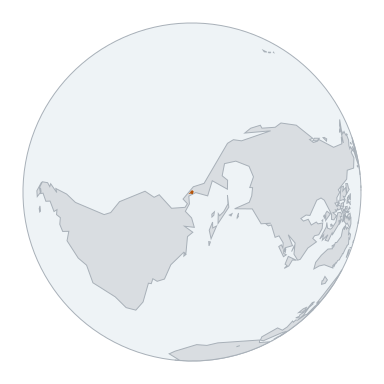 Cartago highlighted on a globe, orthographic projection, rotated 100°
{"feature_id": "CRI-1327", "entity_name": "Cartago", "entity_type": "Province", "adm_level": 1, "iso_a3": "CRI", "parent_name": "Costa Rica", "parent_adm1": "", "projection": "orthographic", "projection_center": [-83.788, 9.802], "detail": "fine", "context": "on_globe", "style": "filled", "palette": "amber", "viewbox_px": 384, "rotation_deg": 100, "n_neighbors": 0, "source": "natural_earth", "source_scale": "10m", "svg_char_len": 8122}
<svg xmlns="http://www.w3.org/2000/svg" viewBox="0 0 384 384"><g transform="rotate(100 192 192)"><circle cx="192" cy="192" r="169" fill="#eef3f6" stroke="#a8b0b8"/><path d="M208.3,196.2L204.3,194.5L200.5,199.6L186.6,191.6L181.4,181.6L137.9,165.5L133.3,160.3L133.0,152.1L118.1,125.2L124.8,150.3L119.0,145.3L114.4,136.3L117.0,134.2L113.8,121.3L108.6,116.4L108.1,100.9L118.2,82.4L119.9,85.3L122.2,81.0L120.2,77.3L118.3,76.1L123.4,60.3L118.5,52.8L111.7,54.6L117.4,51.4L100.9,58.2L94.9,59.2L104.9,55.7L108.5,53.7L106.0,52.8L109.1,50.6L109.7,49.2L113.7,46.8L119.2,45.5L121.9,44.1L120.0,43.7L122.7,41.5L125.1,42.2L130.2,38.5L140.4,37.0L143.6,42.9L152.5,41.9L164.4,48.3L166.6,46.5L172.5,48.4L177.2,47.2L178.1,49.3L181.1,46.6L179.4,45.0L180.1,43.4L182.7,42.7L184.3,45.0L183.2,45.7L185.0,46.1L184.7,47.6L186.3,46.4L187.9,49.6L190.2,45.6L194.8,47.4L194.8,49.8L189.7,50.7L177.1,60.3L175.5,63.9L178.4,67.7L194.6,71.8L194.9,75.7L199.2,80.2L201.3,77.2L198.7,72.8L203.8,68.8L200.0,64.4L201.5,62.4L199.8,57.9L205.5,57.5L212.1,59.8L213.8,63.7L216.7,65.0L219.5,60.8L227.1,68.2L239.5,73.7L240.8,76.1L235.5,80.8L224.3,81.6L217.4,89.8L227.4,83.7L230.7,90.5L233.5,91.6L236.6,91.0L237.5,88.2L239.8,90.7L230.7,97.1L228.5,94.9L231.4,92.8L226.2,93.4L220.1,98.7L222.2,102.3L210.7,108.1L212.1,110.9L210.4,114.0L209.0,109.0L211.3,118.4L198.2,129.7L201.1,147.1L192.2,133.8L185.4,132.5L177.2,133.1L177.6,135.9L166.4,134.1L156.8,140.3L154.0,154.2L158.4,164.9L170.8,165.1L174.2,159.0L183.1,157.6L177.4,174.0L193.1,175.9L191.9,188.2L196.6,194.4L204.2,192.5L212.2,195.2L217.6,187.9L226.4,183.6L227.0,193.5L231.5,184.2L236.7,188.7L253.9,187.3L252.7,189.6L267.3,200.2L282.5,204.0L286.0,210.8L284.2,215.5L289.3,216.2L289.4,219.1L308.8,221.1L318.1,226.8L317.3,236.8L308.6,249.4L298.6,273.8L282.4,283.1L276.8,292.6L261.7,306.6L252.1,306.5L253.3,312.5L246.8,316.6L240.1,317.2L237.8,321.5L232.8,321.9L235.2,324.5L225.6,330.2L226.5,334.3L219.0,338.5L219.8,340.7L217.6,340.8L214.8,341.7L214.1,343.0L207.9,341.1L207.9,335.8L211.4,333.0L208.4,332.6L216.0,325.1L212.2,326.7L215.8,315.1L222.5,305.0L229.5,274.6L226.4,268.5L214.1,261.7L199.4,238.4L203.8,228.4L200.4,223.8L211.6,209.3L208.3,196.2ZM40.1,146.5L41.2,142.6L41.4,145.2L40.1,146.5ZM41.3,140.2L41.0,141.5L41.1,140.4L41.3,140.2ZM41.0,139.4L41.2,140.0L40.8,139.7L41.0,139.4ZM40.4,138.7L40.8,138.9L40.7,139.0L40.4,138.7ZM200.6,153.1L218.5,160.9L208.7,162.4L210.5,160.7L205.9,157.4L197.4,154.5L188.8,156.6L200.6,153.1ZM40.1,136.5L40.1,135.9L40.5,135.7L40.1,136.5ZM207.7,143.1L204.6,142.5L207.6,142.4L207.7,143.1ZM117.0,76.0L119.8,77.6L120.5,81.9L117.8,80.8L117.0,76.0ZM116.3,68.6L118.5,68.4L115.7,72.4L115.3,71.3L116.3,68.6ZM106.1,56.7L107.8,57.1L105.1,57.5L106.1,56.7ZM109.1,49.4L107.6,50.1L108.6,49.1L109.1,49.4ZM196.7,58.4L198.2,58.2L197.8,59.1L196.7,58.4ZM194.6,56.9L193.0,58.2L191.7,57.7L192.7,56.9L194.6,56.9ZM115.4,44.7L117.4,43.1L116.4,44.4L115.4,44.7ZM196.8,55.4L189.7,56.6L187.5,55.7L189.5,52.0L196.8,55.4ZM119.2,42.0L123.8,38.8L121.0,39.8L131.7,35.5L124.2,39.4L123.4,40.7L121.8,40.8L119.2,42.0ZM177.7,44.9L179.6,46.5L175.6,45.9L177.7,44.9ZM174.9,44.9L161.5,46.2L160.0,43.8L164.8,43.7L160.9,41.5L166.7,39.6L170.2,40.4L170.0,42.2L172.4,40.2L174.9,44.9ZM136.9,33.9L138.9,33.1L137.9,33.7L136.9,33.9ZM180.1,42.8L177.5,43.1L176.0,41.0L180.9,40.0L179.8,40.9L180.1,42.8ZM157.0,42.0L156.7,40.4L161.4,38.4L161.9,37.6L166.7,39.3L157.0,42.0ZM181.5,41.1L183.4,39.6L186.5,40.0L182.5,42.4L181.5,41.1ZM173.6,40.9L173.1,39.9L174.9,40.1L173.6,40.9ZM198.5,41.3L195.5,41.4L194.4,40.3L198.5,41.3ZM183.9,39.0L182.8,38.9L182.1,38.5L184.0,37.7L183.9,39.0ZM169.7,38.0L171.7,37.6L167.9,37.1L171.3,35.8L173.9,37.4L174.2,36.2L175.2,35.8L176.2,37.5L169.7,38.0ZM183.6,35.9L188.0,37.8L193.9,37.7L195.0,38.7L185.4,38.7L183.6,35.9ZM179.2,36.7L182.1,36.3L182.0,37.5L179.9,38.5L179.2,36.7ZM172.6,34.6L166.8,36.1L166.4,35.7L172.6,34.6ZM185.3,35.6L184.2,35.2L185.8,35.4L185.3,35.6ZM176.6,34.5L174.6,35.0L174.2,34.6L176.6,34.5ZM183.6,34.0L185.1,34.5L183.7,35.1L183.6,34.0ZM180.4,34.0L180.4,33.4L182.3,35.0L179.6,34.3L180.4,34.0ZM176.5,34.0L175.7,34.0L177.4,33.9L176.5,34.0ZM188.2,31.8L190.9,33.7L187.8,34.8L185.5,32.7L188.2,31.8ZM217.7,345.0L208.2,341.8L213.8,343.3L218.8,341.2L223.4,343.6L217.7,345.0ZM232.1,339.3L237.2,337.9L238.1,338.5L234.8,339.6L232.1,339.3ZM311.5,72.6L309.1,70.3L312.6,73.9L315.2,76.4L319.0,80.5L312.7,74.6L315.2,79.4L326.1,95.9L326.0,98.9L322.5,98.1L311.0,84.1L312.4,79.0L308.4,74.8L301.6,70.5L302.6,69.6L300.0,67.5L299.9,65.8L293.4,59.3L292.4,57.5L283.7,51.6L281.9,50.1L287.6,53.9L291.0,55.9L287.6,52.7L286.5,51.9L299.5,61.7L311.5,72.6ZM281.4,48.6L279.7,47.6L281.4,48.6ZM271.1,42.7L271.8,43.1L265.5,40.0L259.2,37.0L257.5,36.3L267.8,41.3L271.6,43.3L274.2,44.6L284.9,51.1L287.4,53.1L277.6,47.5L280.1,50.1L271.4,45.3L248.8,33.5L242.5,30.9L243.7,31.1L257.7,36.3L271.1,42.7ZM146.0,29.4L142.8,30.4L138.3,31.8L133.2,33.9L133.7,33.8L136.6,32.8L131.7,35.5L121.0,39.8L120.4,39.7L114.1,43.0L113.7,42.5L110.5,44.0L111.1,43.6L122.4,38.1L134.0,33.3L146.0,29.4ZM360.4,178.6L360.5,179.8L359.9,174.8L359.6,175.6L355.3,186.4L351.6,180.9L341.5,160.9L340.5,150.7L336.1,140.4L326.0,99.6L328.6,99.5L326.1,89.7L326.6,90.1L332.1,97.7L332.9,98.8L339.3,109.2L344.8,120.0L349.6,131.2L353.6,142.7L356.8,154.5L359.0,166.5L360.4,178.6ZM335.0,118.2L336.6,121.2L336.6,121.3L335.0,118.2ZM254.5,187.1L256.6,188.9L253.9,189.1L254.5,187.1ZM207.6,166.5L211.2,166.5L213.2,168.0L210.4,168.6L207.6,166.5ZM238.0,165.2L242.1,165.9L237.9,166.9L238.0,165.2ZM221.2,161.9L234.7,165.1L226.6,168.4L218.0,166.5L223.8,165.4L221.2,161.9ZM206.4,148.8L208.8,149.4L208.2,151.2L206.4,148.8ZM209.9,143.0L209.0,143.2L207.7,141.8L209.9,143.0ZM231.2,90.1L232.0,89.7L235.2,89.7L233.9,91.0L231.2,90.1ZM248.0,83.8L251.2,87.9L248.0,85.6L246.9,87.8L238.7,86.0L241.1,77.2L241.5,81.3L248.0,83.8ZM228.5,82.0L233.4,83.6L227.9,82.2L228.5,82.0ZM285.8,59.3L287.9,59.8L291.0,62.4L292.3,66.1L287.8,62.2L285.8,59.3ZM290.1,60.0L280.0,54.3L278.8,52.2L281.2,54.3L281.4,53.5L285.3,56.6L294.0,60.9L297.3,63.6L297.9,68.0L295.9,64.8L294.0,64.3L290.1,60.0ZM256.5,47.7L252.1,46.4L255.1,43.4L258.9,45.1L260.4,48.4L256.9,48.5L256.5,47.7ZM201.7,49.2L199.8,49.7L199.4,49.0L200.6,47.9L201.7,49.2ZM197.2,41.5L209.4,46.2L207.9,46.9L216.8,49.4L216.3,52.5L210.5,50.7L216.8,55.3L211.4,55.0L216.1,58.0L203.2,53.7L198.6,53.9L204.0,52.3L204.6,49.3L203.5,48.1L196.8,45.1L187.2,44.8L186.2,42.2L188.1,40.5L190.3,40.1L190.2,41.8L193.2,40.2L194.8,42.4L197.2,41.5ZM211.0,28.5L210.0,29.5L216.3,28.8L217.9,30.1L218.5,30.0L221.6,31.2L226.6,32.5L226.5,33.1L228.5,33.4L230.6,34.4L233.2,35.1L234.1,36.6L237.4,37.7L236.0,37.9L241.4,39.4L237.8,39.0L240.2,40.6L242.4,40.1L240.7,49.1L242.8,54.0L246.6,58.6L239.8,58.0L231.9,53.7L224.6,48.2L223.5,43.9L220.6,44.7L219.3,43.0L222.1,43.1L216.9,42.0L216.6,40.7L210.0,37.3L202.7,37.1L200.1,36.1L202.8,35.5L198.4,35.0L201.6,33.4L199.9,32.7L201.3,30.8L207.5,30.5L205.1,29.8L206.0,28.6L211.0,28.5ZM188.8,31.2L195.8,30.0L200.1,30.3L195.8,33.7L196.9,34.5L194.3,37.2L188.1,36.8L189.4,36.0L189.2,35.2L191.2,35.6L189.5,34.7L191.3,33.7L190.4,32.8L192.9,32.6L188.8,31.2ZM325.0,87.8L324.1,86.7L323.9,86.4L325.0,87.8ZM319.5,82.1L318.9,81.2L322.7,85.5L322.9,86.0L319.5,82.1ZM315.4,77.3L318.6,80.8L317.0,79.2L315.4,77.3ZM286.7,53.0L285.7,52.1L286.8,52.8L288.9,54.3L286.7,53.0ZM229.9,28.7L228.6,28.7L227.5,28.4L222.3,27.8L220.7,27.1L223.2,27.1L229.9,28.7ZM227.3,27.7L225.3,27.5L225.7,27.3L227.3,27.7ZM219.2,26.6L219.2,26.2L219.9,26.9L219.2,26.6ZM194.1,23.1L194.5,23.1L192.1,23.1L190.5,23.0L194.1,23.1ZM211.2,24.4L214.0,24.7L213.6,24.8L211.2,24.4ZM137.7,33.3L138.7,33.1L136.9,33.7L137.7,33.3ZM156.2,26.9L158.9,26.3L156.6,26.8L156.2,26.9ZM161.1,25.9L160.3,26.0L160.7,26.0L161.1,25.9Z" fill="#d9dde1" stroke="#a8b0b8" stroke-width="1"/><path d="M191.6,191.6L191.8,191.5L191.8,191.4L191.7,191.3L191.7,191.2L191.9,191.2L192.0,191.2L192.2,191.3L192.5,191.5L193.0,191.5L193.3,191.5L193.3,191.8L193.2,192.1L193.0,192.4L192.8,192.6L192.8,192.8L192.9,193.0L192.6,192.8L192.4,192.7L192.4,192.8L192.2,192.8L192.2,192.7L191.9,192.6L191.8,192.4L191.7,192.4L191.5,192.2L191.4,192.2L191.2,192.1L191.3,192.0L191.3,191.9L191.3,191.7L191.5,191.6L191.6,191.6Z" fill="#f59e0b" stroke="#b45309" stroke-width="1.5"/></g></svg>